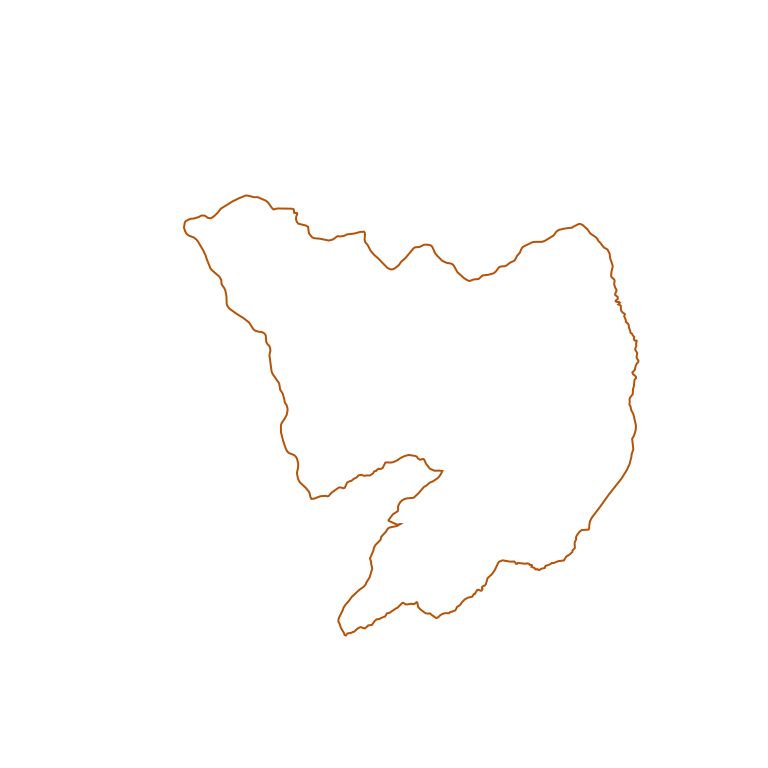 outline of Aratoca, Santander, Colombia, rotated 300°
{"feature_id": "7082276B70288083001558", "entity_name": "Aratoca", "entity_type": "district", "adm_level": 2, "iso_a3": "COL", "parent_name": "Colombia", "parent_adm1": "Santander", "projection": "albers", "projection_center": [-73.027, 6.735], "detail": "fine", "context": "isolated", "style": "outline", "palette": "amber", "viewbox_px": 768, "rotation_deg": 300, "n_neighbors": 0, "source": "geoboundaries", "source_scale": "gbopen_adm2", "svg_char_len": 6166}
<svg xmlns="http://www.w3.org/2000/svg" viewBox="0 0 768 768"><g transform="rotate(300 384 384)"><path d="M430.0,133.5L425.7,130.7L423.7,130.9L419.4,132.6L416.8,135.5L415.2,138.4L415.0,141.1L415.8,146.1L415.3,149.2L414.5,151.5L409.3,160.6L406.3,165.0L403.4,168.2L397.5,175.7L396.7,177.2L394.7,187.6L392.8,191.0L389.0,193.6L387.2,197.7L385.4,200.1L381.3,203.6L374.9,207.6L373.4,209.3L372.0,212.3L371.1,220.9L370.8,229.2L369.8,236.4L366.1,243.5L365.8,246.0L366.7,249.7L367.9,251.9L368.0,255.1L367.0,257.3L361.4,261.1L360.2,263.4L359.7,265.5L358.5,267.1L356.2,268.9L351.6,270.4L338.4,280.6L336.8,282.9L332.1,292.9L327.2,296.9L325.0,301.1L320.9,305.3L318.4,307.3L317.0,310.2L314.9,312.4L312.9,313.7L308.4,315.2L303.8,315.3L298.8,314.9L296.6,315.4L290.7,318.9L284.1,325.3L278.8,331.4L277.1,334.2L276.7,336.4L277.5,341.6L277.0,344.0L275.9,345.9L272.4,349.3L268.9,351.3L263.3,353.1L258.8,357.0L256.8,360.2L254.9,368.3L253.3,372.5L252.3,374.1L249.6,376.5L248.2,378.6L249.7,380.7L254.5,384.6L255.7,386.0L257.9,389.3L258.3,390.9L259.2,392.0L263.9,393.0L271.7,396.6L272.6,397.8L273.5,401.1L274.5,401.9L280.3,401.4L282.7,402.9L283.7,404.1L286.9,405.3L289.5,407.1L292.1,407.6L294.1,409.9L294.5,412.6L296.5,415.2L297.5,417.3L300.7,419.1L303.6,419.3L304.7,420.6L306.1,420.8L307.9,421.7L308.4,423.2L310.5,424.8L316.8,424.5L319.6,429.5L321.0,431.1L324.5,433.6L328.1,435.3L331.4,437.5L333.3,439.2L335.0,441.1L337.3,447.0L337.5,448.8L336.5,450.7L336.4,453.0L338.7,455.4L338.7,456.4L336.0,460.2L333.6,465.9L334.1,471.0L336.7,475.3L337.8,478.1L333.6,478.3L331.0,478.0L328.7,477.3L323.6,474.7L321.5,473.0L317.0,471.4L315.0,470.1L306.7,468.5L300.3,466.6L296.3,460.9L294.4,459.1L292.3,457.9L290.1,457.2L286.9,457.1L284.4,457.6L283.0,458.7L280.8,459.5L275.5,456.8L268.4,456.0L267.8,456.5L268.7,465.0L269.2,466.5L270.6,467.6L270.9,468.2L267.5,466.2L262.6,460.7L260.8,459.6L257.0,459.5L250.3,458.0L247.2,458.9L240.4,457.1L236.9,457.2L235.0,458.0L225.9,459.1L223.5,461.8L222.3,462.4L218.3,466.1L209.4,468.2L203.0,468.0L201.4,468.4L198.2,467.8L193.6,465.6L183.8,462.6L178.2,462.0L173.6,461.0L170.4,460.8L167.0,461.4L159.0,461.9L156.9,462.5L155.3,463.4L154.5,464.9L151.2,468.7L148.3,473.9L147.0,475.3L147.1,476.7L149.7,477.1L152.4,480.3L153.7,481.0L154.4,481.9L159.5,483.6L161.3,484.9L161.9,485.6L162.5,488.9L163.1,489.9L167.0,491.0L169.3,494.0L174.2,494.4L176.5,495.3L178.5,497.8L179.8,498.4L183.3,501.2L186.8,501.2L188.6,503.2L195.5,506.5L196.8,507.5L203.4,509.3L204.1,510.1L204.0,513.0L204.8,514.5L206.9,516.9L208.2,519.7L209.1,520.5L211.3,521.3L211.4,522.1L207.9,525.2L207.1,527.8L206.3,533.7L206.4,535.1L207.2,537.1L208.2,538.2L208.3,539.1L207.9,540.4L207.4,545.9L207.8,546.8L209.1,547.5L212.1,548.4L214.3,549.8L215.8,551.1L218.0,554.9L219.1,555.1L223.2,558.7L224.7,559.0L227.4,558.7L230.7,560.4L234.4,560.7L238.2,561.8L241.1,563.7L244.0,566.8L246.3,566.8L247.2,567.0L247.4,567.6L252.2,567.7L253.0,568.5L253.4,571.2L254.0,571.9L255.8,571.8L256.2,570.9L257.0,570.4L258.2,570.7L260.0,572.1L261.4,572.3L267.7,570.8L273.5,572.6L278.4,573.0L286.2,572.3L287.7,572.6L289.4,573.9L290.6,574.9L293.2,582.0L295.4,585.6L294.3,588.4L294.8,589.1L296.0,589.4L299.0,596.3L300.4,597.9L300.7,599.4L300.2,600.7L301.1,602.4L300.9,602.9L299.4,603.1L299.9,606.2L299.2,607.8L299.5,608.6L300.4,609.2L300.2,610.7L300.5,611.5L302.6,612.6L304.9,615.0L305.4,615.3L306.4,614.8L307.3,614.9L310.6,617.8L313.0,618.9L313.7,620.4L317.9,623.7L321.1,628.0L325.7,628.1L329.1,630.0L332.6,631.1L334.3,630.5L337.3,631.3L342.0,628.4L344.9,628.1L346.1,627.8L347.2,626.9L349.6,626.7L353.8,627.2L356.3,628.2L360.2,633.9L361.5,633.9L364.5,632.3L368.3,631.0L372.1,630.8L386.2,632.6L400.9,634.0L420.3,636.9L430.5,637.3L437.4,636.7L444.5,634.7L447.0,633.6L452.2,632.5L460.6,626.3L464.1,626.3L466.7,625.8L469.6,625.1L473.0,623.6L474.4,622.6L482.4,615.2L485.3,610.8L488.0,608.5L488.9,606.8L491.5,605.7L493.7,604.2L495.4,603.9L499.5,604.5L504.1,602.2L507.1,601.5L512.1,599.2L513.2,598.9L515.1,599.3L516.1,598.7L516.8,596.8L516.9,595.0L518.2,593.3L521.5,594.1L525.7,592.9L528.0,592.7L530.1,593.2L531.5,592.6L532.5,590.4L533.7,589.2L537.5,587.8L539.1,584.7L539.9,584.0L543.4,583.4L544.7,582.2L547.6,581.4L547.8,580.8L547.1,579.8L547.1,579.0L547.8,577.9L549.8,577.2L550.6,574.9L551.5,573.8L551.6,571.9L553.4,570.3L555.4,567.8L557.3,566.6L558.2,565.1L558.7,562.4L560.4,561.3L562.5,558.4L563.2,558.0L564.8,557.8L565.1,557.4L565.2,555.0L565.9,553.0L566.8,552.0L570.1,550.0L570.4,549.3L570.0,547.1L572.4,547.6L572.6,546.6L571.4,544.4L571.5,543.2L572.2,543.0L574.6,543.9L576.2,542.9L576.7,539.7L577.4,539.2L581.1,538.7L581.8,538.2L583.2,535.9L585.5,533.4L588.7,532.1L589.6,531.2L590.3,527.7L591.0,526.7L595.1,524.8L599.3,523.6L600.8,522.9L606.1,516.9L609.7,514.2L612.2,510.4L612.2,506.0L614.6,500.3L615.1,498.1L616.1,496.7L617.0,494.4L617.5,487.5L619.7,482.8L621.0,476.6L620.8,474.2L620.1,472.8L614.8,469.2L613.4,468.7L608.8,462.5L604.8,458.3L602.1,457.1L597.4,456.6L588.2,451.6L586.1,449.7L582.6,443.7L581.2,441.8L574.2,437.0L572.0,435.7L570.4,435.4L565.4,436.0L561.8,435.2L556.6,435.4L555.3,434.8L552.1,432.5L547.8,430.8L546.4,429.7L544.0,426.2L542.8,425.3L537.2,424.6L534.7,423.6L531.1,420.1L527.3,415.1L522.2,413.4L519.2,409.2L516.1,406.7L515.6,405.3L515.6,400.9L517.2,393.3L517.6,391.5L521.5,385.1L521.9,383.6L521.8,381.8L520.2,377.4L519.8,372.8L521.9,365.2L522.8,363.0L526.7,357.5L527.4,355.9L527.3,354.3L525.6,350.4L524.4,348.9L520.7,346.5L517.7,342.4L516.0,341.7L503.3,339.5L498.6,337.8L494.4,337.4L489.6,335.6L487.6,334.1L486.6,332.6L486.2,329.1L490.0,315.6L490.9,310.9L492.6,306.0L496.2,300.3L497.4,296.9L499.2,295.1L505.0,292.2L505.9,290.6L504.0,287.6L499.4,283.0L495.2,277.3L492.0,275.1L489.8,272.2L488.9,269.9L483.5,267.4L480.6,264.4L478.0,256.4L475.3,250.4L475.1,248.3L477.0,243.6L482.2,239.6L482.1,236.8L480.0,229.7L480.9,227.2L483.1,225.1L485.4,224.2L487.8,223.9L488.5,223.2L487.3,220.6L489.5,219.1L490.2,218.1L489.6,216.3L482.7,203.9L479.9,201.0L480.5,198.7L483.2,192.8L483.7,190.2L482.7,181.4L480.9,178.3L479.0,171.8L478.1,170.0L472.6,165.7L466.2,161.4L454.2,155.0L449.0,154.3L444.5,153.0L441.0,151.3L439.8,148.5L440.2,144.6L438.6,141.6L435.9,140.0L432.7,137.1L430.0,133.5Z" fill="none" stroke="#b45309" stroke-width="2"/></g></svg>